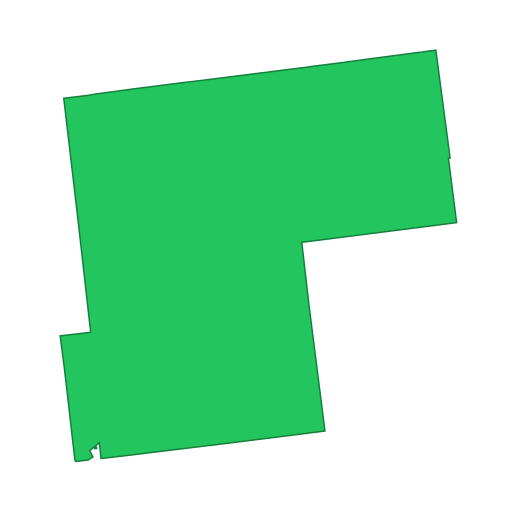 outline of Weld, Colorado, United States of America, rotated 353°
{"feature_id": "52423323B62932676099867", "entity_name": "Weld", "entity_type": "district", "adm_level": 2, "iso_a3": "USA", "parent_name": "United States of America", "parent_adm1": "Colorado", "projection": "albers", "projection_center": [-104.512, 40.501], "detail": "fine", "context": "isolated", "style": "filled", "palette": "green", "viewbox_px": 512, "rotation_deg": 353, "n_neighbors": 0, "source": "geoboundaries", "source_scale": "gbopen_adm2", "svg_char_len": 895}
<svg xmlns="http://www.w3.org/2000/svg" viewBox="0 0 512 512"><g transform="rotate(353 256 256)"><path d="M459.2,247.3L458.9,182.4L460.6,182.4L459.6,73.6L459.4,73.6L411.2,74.0L381.6,74.3L376.2,74.4L371.2,74.4L368.5,74.5L355.5,74.6L350.6,74.6L350.3,74.6L337.8,74.6L336.4,74.6L332.1,74.7L328.2,74.8L324.5,74.8L319.2,74.8L314.2,74.8L309.0,74.8L284.9,74.9L284.1,74.9L214.7,75.1L206.6,75.0L178.6,75.1L157.6,75.2L131.0,75.5L115.6,75.7L108.5,76.1L84.4,76.0L83.8,190.7L83.5,222.2L82.6,311.6L72.7,311.5L72.1,311.5L66.9,311.5L51.9,311.4L52.1,343.1L52.1,345.2L52.0,364.2L51.8,388.0L51.6,406.4L51.4,437.0L52.2,438.0L64.7,438.0L69.7,435.5L67.2,428.9L77.8,422.3L77.6,432.8L77.5,438.1L88.5,438.2L98.6,438.3L135.3,438.3L208.7,438.4L303.1,438.1L302.6,311.3L303.1,248.0L459.2,247.3ZM72.5,427.6L74.4,427.6L74.4,426.3L73.0,426.1L72.5,426.3L72.5,427.6Z" fill="#22c55e" stroke="#15803d" stroke-width="1.5"/></g></svg>